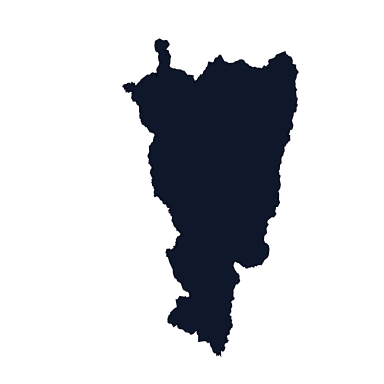 Ngororero, Western, Rwanda (Equal Earth projection), rotated 11°
{"feature_id": "39286606B38913138871456", "entity_name": "Ngororero", "entity_type": "district", "adm_level": 2, "iso_a3": "RWA", "parent_name": "Rwanda", "parent_adm1": "Western", "projection": "equal_earth", "projection_center": [29.551, -1.904], "detail": "fine", "context": "isolated", "style": "filled", "palette": "ink", "viewbox_px": 384, "rotation_deg": 11, "n_neighbors": 0, "source": "geoboundaries", "source_scale": "gbopen_adm2", "svg_char_len": 6014}
<svg xmlns="http://www.w3.org/2000/svg" viewBox="0 0 384 384"><g transform="rotate(11 192 192)"><path d="M269.3,47.9L266.1,47.8L265.5,47.2L265.1,43.7L263.2,41.0L260.5,40.7L259.6,39.8L257.5,39.1L256.6,36.9L253.8,38.5L253.4,39.7L252.3,39.4L251.2,40.7L249.9,40.8L248.7,42.2L248.5,43.9L246.8,45.7L242.9,47.7L242.5,49.3L243.4,50.3L243.5,52.4L242.5,53.1L241.9,54.3L242.2,55.2L240.6,55.4L238.9,54.7L237.3,58.4L235.1,57.7L232.2,58.4L229.8,57.7L228.2,58.8L225.1,57.7L224.0,58.1L222.3,56.2L219.7,55.8L217.7,53.5L216.1,53.0L213.7,53.5L212.4,55.0L210.1,55.9L208.3,57.9L203.1,59.2L201.5,58.3L198.5,58.2L194.0,52.7L193.5,53.3L192.9,52.9L192.0,55.4L189.8,56.3L189.9,57.0L189.2,58.0L189.4,60.0L188.2,61.0L188.0,61.8L186.6,61.8L186.4,62.6L185.8,61.4L183.8,61.5L183.7,66.4L182.5,67.3L182.8,68.8L180.9,71.4L180.6,74.4L178.8,76.0L178.2,75.7L177.6,78.1L176.9,78.3L177.0,78.9L176.4,79.4L176.1,81.4L174.5,82.4L173.6,83.8L170.8,79.4L170.8,77.9L166.9,78.1L165.5,79.0L161.1,75.2L159.7,75.4L157.6,74.6L152.9,75.2L151.5,74.5L150.1,75.2L146.6,74.2L145.1,72.8L145.4,69.1L144.7,65.7L144.9,63.0L142.5,60.4L141.4,57.9L138.7,58.3L139.2,55.7L141.1,52.3L141.1,51.3L138.2,48.3L134.6,49.5L131.0,48.2L127.6,51.1L127.6,52.2L128.4,52.7L127.8,53.2L127.8,55.1L129.2,59.2L130.1,60.4L132.1,60.7L134.0,63.1L133.5,64.8L133.7,66.0L134.6,68.9L135.9,70.5L136.0,74.1L134.7,76.8L134.3,78.7L135.3,80.7L135.1,84.3L133.7,82.6L131.4,83.2L130.8,82.7L129.7,83.6L128.5,85.7L126.1,85.9L120.9,91.8L120.5,93.5L118.9,95.3L117.2,98.8L115.7,98.9L114.5,96.6L113.8,97.2L112.2,96.2L111.7,98.0L110.8,98.3L110.0,97.4L108.5,97.8L107.2,99.2L104.9,100.0L104.3,101.6L105.9,102.3L106.2,103.6L107.7,102.8L108.1,103.2L107.9,104.9L108.5,105.0L108.5,105.8L109.1,105.4L110.9,105.9L111.3,105.4L111.1,104.6L112.2,104.1L113.1,104.9L114.2,104.7L115.0,105.8L114.5,107.0L115.2,108.4L114.9,109.3L115.5,110.8L115.1,111.0L116.0,112.3L116.6,112.4L117.0,113.7L119.9,113.2L121.6,116.1L124.3,117.4L125.5,123.4L126.4,124.5L126.3,126.4L127.0,129.1L128.8,130.2L128.6,131.4L130.4,134.6L132.7,135.1L134.1,136.4L135.2,136.0L139.4,140.7L143.1,140.9L145.4,143.0L144.5,146.1L144.8,150.2L143.3,151.9L143.1,153.6L141.7,155.4L143.0,160.2L142.8,162.7L142.1,164.1L142.3,165.4L143.7,167.3L144.6,167.7L144.2,168.6L144.5,171.9L145.2,171.9L147.2,174.1L148.0,173.9L148.2,175.3L149.0,176.5L148.8,177.6L148.1,177.3L147.7,178.2L147.7,181.1L150.2,184.7L150.8,184.4L151.3,187.1L150.6,187.9L151.5,188.5L151.0,190.4L151.8,190.8L152.2,192.9L153.5,193.4L154.5,195.7L155.6,196.8L155.1,198.7L155.5,200.6L156.7,202.1L155.9,202.7L156.5,203.4L158.5,201.4L158.8,202.3L160.8,203.1L162.6,205.1L163.0,204.1L163.6,204.1L163.9,205.6L164.7,205.6L166.1,208.3L167.7,208.8L169.4,207.8L170.0,210.0L171.4,211.6L172.5,210.9L174.1,211.9L172.9,214.8L174.5,214.7L174.7,215.4L174.0,216.5L175.1,216.7L175.9,217.5L176.0,218.6L176.8,218.6L178.2,220.5L178.0,223.9L179.6,225.5L181.3,228.6L183.9,230.2L184.8,232.3L185.7,231.6L186.2,232.4L187.0,231.9L187.2,233.2L189.7,235.0L188.5,238.1L186.8,238.9L185.9,241.6L186.6,242.9L185.9,244.4L187.0,245.2L186.4,245.3L186.8,246.4L186.4,246.7L186.9,247.4L186.2,248.1L186.8,248.5L185.8,249.3L184.9,249.2L185.6,250.8L184.2,251.7L184.1,253.4L182.9,252.8L181.5,253.7L180.9,252.7L180.4,253.4L179.5,252.8L178.5,253.4L178.3,256.4L179.4,257.2L179.6,259.7L181.2,259.8L183.9,265.1L188.6,271.5L189.4,275.1L191.5,278.9L194.3,280.3L194.9,281.6L198.9,283.2L202.1,288.8L203.2,289.5L204.8,289.3L205.3,290.2L206.6,289.8L208.4,291.0L209.5,292.2L209.4,293.4L210.2,294.2L210.3,295.2L209.4,295.6L208.8,296.9L207.6,296.8L207.1,297.5L205.5,296.3L205.2,297.0L203.9,296.9L203.5,297.4L202.2,296.9L200.5,297.8L200.5,297.1L200.1,297.1L198.9,300.4L197.3,301.0L200.0,308.0L197.5,310.1L194.3,314.8L194.7,316.1L193.3,317.7L192.8,321.4L193.4,322.2L193.2,323.1L193.6,324.3L194.6,324.8L197.2,324.5L199.7,327.3L202.5,324.4L203.4,324.3L204.0,327.0L204.7,327.1L205.3,328.1L209.4,328.0L212.4,330.1L216.1,330.1L218.1,331.6L219.8,330.6L221.9,327.3L224.4,326.7L224.0,328.8L224.7,330.3L225.3,330.1L226.2,331.6L227.2,337.2L232.6,335.2L234.6,335.3L236.3,336.5L236.5,336.0L238.5,335.7L240.1,339.5L241.9,341.1L243.5,344.4L244.8,345.3L246.9,345.0L247.6,347.1L248.0,346.5L248.9,346.9L249.7,345.1L250.9,346.3L250.1,343.3L250.5,341.9L251.3,341.1L252.6,342.1L253.3,341.3L253.7,338.3L252.7,337.8L252.3,335.5L253.3,333.3L254.8,332.8L255.6,331.0L253.6,330.2L254.1,328.9L253.1,328.5L253.0,326.8L253.6,325.6L253.5,324.2L254.7,324.8L255.4,324.0L254.6,320.6L255.7,319.1L255.5,318.1L256.6,317.2L256.9,316.1L256.4,314.2L255.0,312.8L255.1,310.3L254.1,310.2L253.8,307.0L251.6,306.2L251.7,304.4L252.7,302.3L251.8,299.0L252.6,297.0L251.9,294.4L250.1,292.5L251.6,290.9L251.9,289.7L253.0,289.6L253.4,288.2L251.8,287.1L251.1,281.9L250.2,280.4L250.8,280.0L251.5,277.6L251.9,274.5L252.8,273.4L253.9,273.3L255.2,271.2L255.4,269.7L254.3,268.2L253.9,265.3L252.3,263.6L250.6,263.2L249.8,261.7L248.6,261.0L246.0,256.7L246.2,253.3L247.4,251.6L248.3,251.3L250.1,252.2L251.4,252.0L256.8,255.2L257.9,254.4L259.7,256.1L260.9,255.7L261.7,254.6L263.2,254.6L264.5,253.1L266.7,253.7L267.4,251.7L269.3,251.9L270.3,250.4L273.7,249.9L275.6,244.5L278.0,241.7L278.7,239.3L278.2,233.4L277.0,230.3L274.4,228.6L272.9,228.7L271.7,226.5L271.2,226.3L270.6,221.3L272.7,217.9L271.2,213.4L272.6,209.3L271.1,208.3L270.9,205.5L273.9,201.6L275.1,200.7L276.8,200.6L278.3,197.6L276.4,195.3L276.8,193.4L276.4,190.0L278.5,189.7L279.7,185.5L278.2,183.5L277.1,176.9L275.7,175.0L277.1,171.5L277.1,168.1L274.9,162.8L275.2,159.7L274.8,159.0L273.4,158.7L273.4,156.7L272.2,155.6L273.1,152.9L272.5,148.6L273.7,146.2L272.7,143.3L272.8,140.3L273.9,138.3L273.9,135.8L274.4,134.0L273.1,129.6L274.5,128.7L275.0,126.0L276.1,125.3L276.5,123.6L277.8,122.7L276.9,118.2L275.5,118.4L276.0,111.3L277.8,111.2L278.1,107.4L275.7,103.1L276.4,97.5L276.0,94.2L276.5,93.3L277.7,93.7L278.4,92.4L277.7,88.8L278.5,87.2L278.2,86.0L277.1,85.9L277.3,80.8L277.0,80.0L276.0,79.5L274.2,73.7L274.9,71.5L274.0,71.0L272.8,69.0L272.2,65.6L271.3,63.7L272.1,59.5L271.8,57.0L273.1,54.1L269.9,51.1L269.3,47.9Z" fill="#0f172a" stroke="#020617" stroke-width="1.5"/></g></svg>